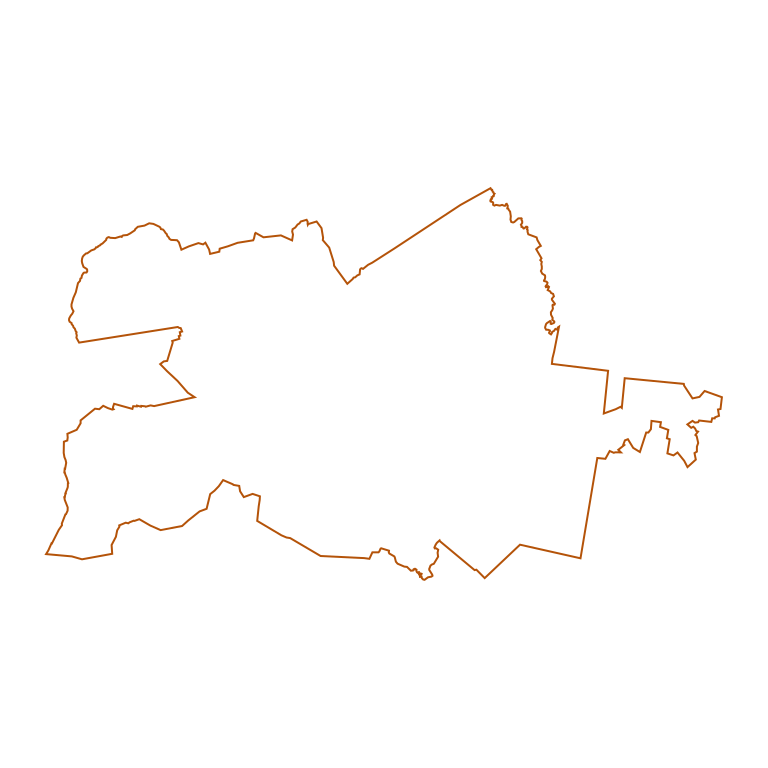 outline of Jaunalūksnes pag., Aluksne, Latvia
{"feature_id": "27541924B87199859913454", "entity_name": "Jaunalūksnes pag.", "entity_type": "district", "adm_level": 2, "iso_a3": "LVA", "parent_name": "Latvia", "parent_adm1": "Aluksne", "projection": "mercator", "projection_center": [27.197, 57.424], "detail": "fine", "context": "isolated", "style": "outline", "palette": "amber", "viewbox_px": 768, "rotation_deg": 0, "n_neighbors": 0, "source": "geoboundaries", "source_scale": "gbopen_adm2", "svg_char_len": 6038}
<svg xmlns="http://www.w3.org/2000/svg" viewBox="0 0 768 768"><path d="M721.9,397.2L704.6,391.0L699.5,396.9L692.5,398.4L684.1,385.6L683.8,383.9L624.7,378.2L621.8,407.9L620.5,406.8L615.7,409.2L603.8,413.5L608.1,370.8L551.9,363.9L552.5,358.2L554.1,351.8L559.0,326.7L557.8,327.5L557.7,329.9L555.6,328.9L555.1,329.2L554.1,330.8L552.1,332.0L551.9,333.1L551.0,334.4L549.2,333.2L549.1,332.5L549.9,331.3L549.9,330.5L548.3,329.8L546.1,329.7L545.2,328.0L545.1,327.2L546.0,324.2L546.8,323.2L550.1,321.0L550.7,321.4L550.7,323.8L551.4,324.0L553.8,323.0L554.3,322.3L554.3,321.5L552.3,319.7L552.7,318.0L551.0,314.7L550.9,312.2L552.2,310.3L552.9,308.6L552.5,305.4L552.7,304.8L554.4,304.7L554.9,303.8L551.9,299.7L551.9,298.7L553.9,296.3L553.1,293.9L551.1,293.0L550.2,291.4L547.7,290.1L549.0,286.9L548.2,286.2L547.2,287.0L546.0,287.2L545.6,286.3L547.2,284.1L547.5,282.7L546.6,281.7L544.1,281.0L544.0,280.4L544.9,279.0L545.2,277.0L545.0,275.4L542.2,273.6L540.9,271.0L541.8,269.0L541.8,266.4L541.3,264.0L541.8,261.9L540.3,260.1L541.5,258.3L536.2,249.2L538.8,247.0L540.8,245.9L537.4,240.1L536.6,237.4L528.3,234.3L527.5,231.7L527.7,230.1L527.0,229.5L527.5,227.3L527.1,226.8L526.1,226.7L524.4,228.3L523.5,228.5L522.6,227.1L521.5,226.9L521.5,225.6L520.9,224.8L522.2,222.9L522.2,221.1L521.5,220.0L521.7,218.6L521.4,218.3L518.3,218.4L514.3,222.0L513.1,222.5L511.3,222.0L510.5,219.6L510.8,216.3L510.1,211.6L508.5,209.5L508.3,208.6L507.3,208.4L507.8,205.9L506.7,203.8L506.2,203.9L505.2,205.7L504.3,205.8L502.1,204.9L499.8,205.6L496.0,204.9L494.4,205.6L493.1,204.8L493.2,202.8L492.7,202.1L490.6,201.5L490.3,200.9L491.6,199.2L491.1,199.0L492.0,198.1L491.7,197.2L493.4,196.4L493.3,195.8L493.8,195.7L494.0,194.2L494.5,193.7L493.6,193.1L493.4,192.2L492.7,191.8L492.2,189.9L491.6,190.0L490.5,188.2L460.4,205.0L394.5,248.4L372.2,262.7L368.1,264.8L363.0,268.9L361.7,268.2L360.9,268.5L360.1,269.4L359.6,274.4L357.3,275.4L355.2,277.3L353.6,277.6L352.7,279.0L347.3,283.8L334.1,265.7L333.7,262.0L329.2,247.6L322.8,240.1L323.1,237.8L321.5,228.1L316.6,221.5L308.1,224.1L307.8,224.7L307.6,223.9L307.7,221.8L306.6,219.8L300.8,221.5L299.3,223.5L297.6,224.5L295.3,227.5L292.6,229.2L292.2,231.5L293.0,234.6L292.1,240.4L280.9,235.4L263.5,237.3L255.6,232.9L255.1,233.5L254.0,238.4L253.2,240.3L237.6,242.8L227.9,246.3L219.7,248.7L219.3,251.7L210.1,253.9L209.1,249.5L205.4,242.7L203.1,244.4L198.4,243.1L188.8,246.4L181.4,249.7L178.9,242.3L177.0,240.2L171.1,239.9L169.5,238.9L168.7,237.3L167.3,235.9L166.7,234.0L165.8,233.3L164.0,230.6L162.9,229.5L160.9,229.1L160.3,227.5L159.3,226.7L153.4,223.9L149.2,223.3L144.5,225.6L137.8,226.8L135.1,229.3L134.8,230.3L130.2,233.4L127.2,235.0L123.2,235.4L122.0,236.1L121.7,236.9L120.4,236.5L115.2,238.1L110.3,237.8L108.8,237.1L107.4,237.6L106.4,238.6L106.2,239.9L102.5,243.5L100.5,244.6L100.3,245.2L98.2,246.2L97.6,247.1L95.9,247.4L95.6,248.3L94.2,249.4L91.3,250.4L87.3,253.3L86.1,253.4L84.0,255.2L82.8,256.6L82.1,258.6L81.8,261.0L82.2,263.2L83.5,266.9L86.8,269.0L87.2,269.9L87.2,271.5L86.5,272.5L84.1,272.6L83.4,273.1L81.9,275.6L81.5,277.9L80.4,278.6L80.0,280.9L78.0,283.1L75.8,292.3L73.4,297.8L71.5,304.4L71.5,306.6L72.1,308.7L73.5,311.2L72.3,313.7L70.8,315.5L69.2,318.4L69.0,320.1L69.6,321.7L71.6,323.1L71.7,324.2L73.1,325.8L73.5,327.3L74.8,328.6L75.8,331.4L76.6,332.2L76.2,333.3L76.8,335.4L76.4,337.7L79.1,342.6L177.8,327.0L179.2,327.9L180.7,328.1L182.1,331.5L179.8,332.2L180.4,335.6L178.8,336.1L179.4,338.8L172.2,341.0L172.7,342.7L167.2,360.9L163.8,361.4L160.2,364.1L167.1,371.2L177.5,380.9L187.8,392.7L194.6,397.2L154.1,406.1L150.6,405.4L145.7,406.7L145.1,406.3L141.2,405.9L141.0,406.7L137.0,405.6L136.9,406.4L133.2,406.2L132.4,408.9L114.1,403.8L113.0,407.1L113.0,408.5L113.6,409.2L112.3,409.6L107.9,408.1L103.2,405.8L99.3,409.2L95.0,408.7L80.6,420.4L80.6,423.3L76.7,429.8L67.4,433.8L67.7,437.5L67.3,440.5L63.9,441.7L63.7,452.9L64.4,457.1L65.6,460.0L66.2,462.8L65.1,468.8L64.7,468.7L64.4,471.9L64.6,471.8L65.3,474.5L66.7,477.8L68.3,483.1L67.9,483.3L67.8,486.9L67.5,488.0L65.4,493.2L65.8,493.4L65.1,495.1L64.8,497.3L64.3,497.3L64.8,500.0L67.7,507.4L67.6,510.7L66.0,514.2L65.4,514.4L61.8,523.6L62.0,525.2L58.8,529.8L51.9,543.5L51.5,543.3L48.3,550.5L46.1,554.1L71.8,556.4L82.0,559.3L112.2,553.8L111.6,545.0L115.9,536.8L117.2,530.3L119.4,526.7L119.2,525.4L125.7,522.7L128.3,523.3L129.6,522.3L133.7,520.7L134.5,520.9L139.3,519.2L150.4,525.6L160.6,530.1L182.1,526.0L188.2,520.5L199.6,511.4L206.6,508.8L210.2,494.1L214.5,490.7L218.8,486.2L223.1,480.1L232.9,484.3L233.4,484.9L239.2,485.9L240.1,491.3L243.8,497.1L252.6,493.9L259.9,496.3L259.7,499.9L258.7,506.4L257.2,520.9L281.4,535.3L286.5,537.5L290.2,538.1L320.6,556.0L364.2,558.1L369.4,558.8L372.4,552.3L378.5,552.3L379.3,551.5L380.6,548.6L381.2,548.3L389.0,550.7L388.8,552.4L389.3,553.5L394.3,556.4L394.8,557.4L395.9,561.7L397.6,563.7L404.3,566.6L407.0,566.9L410.9,570.7L413.0,570.5L413.6,569.3L414.3,569.5L414.8,568.8L415.2,568.8L416.5,569.7L416.3,570.7L417.0,572.3L418.2,573.1L418.6,572.2L418.9,572.2L418.7,573.5L418.9,574.1L420.4,573.4L421.6,573.8L421.3,574.7L419.7,574.7L420.0,576.9L421.6,576.8L421.9,578.2L423.2,579.5L424.6,579.8L428.0,577.3L431.5,576.6L432.5,575.8L432.2,574.6L429.3,570.0L429.2,569.0L430.5,565.6L431.9,564.5L433.8,563.8L438.1,556.7L437.6,552.8L438.2,549.7L436.1,548.3L434.8,548.4L434.4,547.5L435.7,544.6L436.9,542.8L439.6,540.4L439.9,541.2L474.6,570.1L476.4,569.7L484.7,578.1L520.0,544.7L580.5,558.3L597.3,458.0L605.4,458.8L609.7,451.0L613.8,452.8L615.3,452.3L620.9,452.4L618.3,449.8L624.2,445.1L623.3,444.7L624.9,440.4L627.9,439.2L633.2,447.9L639.9,452.0L646.2,432.5L648.4,432.5L650.9,429.2L651.5,420.9L660.9,422.2L660.1,426.9L668.3,429.9L666.9,438.3L669.7,439.2L667.4,453.4L673.5,455.4L677.5,452.5L684.2,460.8L687.5,467.1L695.8,459.6L694.5,453.1L696.9,451.6L696.9,446.6L698.2,443.0L696.7,436.2L695.4,435.0L698.0,431.6L696.3,431.0L695.1,428.5L693.3,426.7L691.2,427.8L687.4,424.4L692.5,420.9L695.0,422.6L698.2,422.2L699.1,420.5L711.3,421.9L712.2,418.3L714.7,418.4L715.1,417.3L719.0,415.8L718.0,409.5L720.5,409.0L721.9,397.2Z" fill="none" stroke="#b45309" stroke-width="2"/></svg>